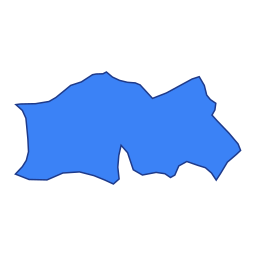 outline of Baucau
{"feature_id": "TLS-546", "entity_name": "Baucau", "entity_type": "District", "adm_level": 1, "iso_a3": "TLS", "parent_name": "East Timor", "parent_adm1": "", "projection": "natural_earth1", "projection_center": [126.475, -8.563], "detail": "fine", "context": "isolated", "style": "filled", "palette": "blue", "viewbox_px": 256, "rotation_deg": 0, "n_neighbors": 0, "source": "natural_earth", "source_scale": "10m", "svg_char_len": 882}
<svg xmlns="http://www.w3.org/2000/svg" viewBox="0 0 256 256"><path d="M15.9,104.6L20.4,104.0L35.5,103.7L49.0,101.5L55.9,97.5L70.7,85.4L81.4,81.9L92.5,74.7L96.2,74.0L102.9,73.8L106.4,72.0L112.5,77.1L119.6,80.4L127.4,82.3L135.2,82.9L140.1,84.9L152.5,98.4L166.3,93.0L192.1,79.0L199.2,76.7L204.3,85.4L206.7,95.1L210.4,99.6L215.8,103.3L214.9,109.9L212.0,115.1L217.1,120.8L228.9,133.1L238.1,144.0L240.6,150.4L236.5,154.3L227.4,162.1L220.4,173.7L216.2,180.1L211.5,173.0L205.4,167.7L197.7,165.3L186.8,161.5L178.8,165.9L174.8,175.1L170.5,177.5L164.9,173.7L156.1,172.4L142.4,175.0L133.3,169.8L127.6,152.7L121.1,145.3L118.8,155.5L117.8,167.2L119.1,179.0L113.4,184.0L104.7,180.0L93.9,175.6L79.5,171.9L62.9,173.0L47.0,179.9L29.1,179.5L15.4,174.1L22.4,166.6L26.3,160.4L28.5,151.8L27.9,139.0L26.8,127.3L25.9,118.2L22.4,110.5L15.9,104.6Z" fill="#3b82f6" stroke="#1e3a8a" stroke-width="1.5"/></svg>